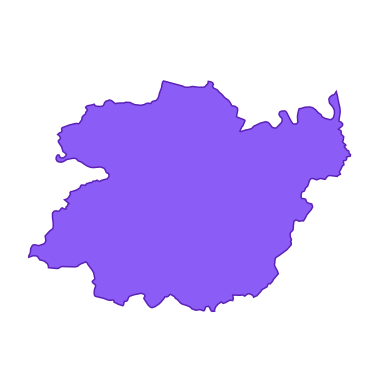 the district of Phu Binh, Thái Nguyên, Vietnam, rotated 100°
{"feature_id": "81297802B19798201223775", "entity_name": "Phu Binh", "entity_type": "district", "adm_level": 2, "iso_a3": "VNM", "parent_name": "Vietnam", "parent_adm1": "Thái Nguyên", "projection": "mercator", "projection_center": [105.961, 21.492], "detail": "fine", "context": "isolated", "style": "filled", "palette": "violet", "viewbox_px": 384, "rotation_deg": 100, "n_neighbors": 0, "source": "geoboundaries", "source_scale": "gbopen_adm2", "svg_char_len": 5966}
<svg xmlns="http://www.w3.org/2000/svg" viewBox="0 0 384 384"><g transform="rotate(100 192 192)"><path d="M68.0,67.4L70.7,68.5L71.5,69.1L72.4,70.9L74.5,72.6L75.8,73.2L77.0,73.3L80.6,72.0L83.8,68.1L86.6,66.1L88.4,65.6L90.5,65.3L94.1,65.6L96.5,67.5L96.8,68.7L96.4,73.9L95.2,77.3L93.9,77.9L93.2,78.8L91.9,81.6L89.8,84.2L88.0,87.8L87.8,91.0L89.1,96.0L90.7,98.8L91.2,100.6L91.7,101.1L96.9,101.4L99.2,101.3L104.8,100.0L106.1,100.3L106.8,101.0L107.4,103.8L107.1,104.7L105.3,106.5L97.5,112.4L96.2,113.8L96.1,115.1L96.8,117.9L97.8,119.4L98.5,119.7L100.6,119.8L102.3,118.4L103.9,116.2L105.2,115.7L107.1,115.7L108.3,116.1L114.0,119.9L114.5,120.6L114.6,123.2L114.1,124.6L111.7,127.1L110.3,129.0L110.0,131.1L110.3,132.3L112.2,136.5L116.6,142.7L119.3,144.4L121.1,148.3L121.7,150.1L124.0,154.3L124.0,155.3L122.8,155.2L119.3,154.2L117.6,153.3L112.6,152.2L112.1,152.5L111.8,153.4L110.5,160.1L110.0,161.3L103.3,161.2L101.3,161.9L100.1,164.7L100.0,165.6L100.3,166.6L100.1,167.6L99.7,168.2L97.9,169.4L95.5,171.8L93.4,176.2L90.7,179.5L89.3,182.0L87.0,184.9L85.8,189.0L84.3,190.1L82.3,189.6L80.8,190.7L80.2,192.6L80.2,195.2L82.4,195.2L85.9,197.4L86.4,198.0L86.8,198.9L87.7,204.1L88.0,209.9L89.6,213.9L89.7,215.4L90.1,216.9L89.3,219.7L87.6,239.2L88.5,239.9L91.5,240.2L94.6,240.1L100.3,241.2L103.0,241.3L105.5,241.7L107.5,242.8L108.2,243.4L109.7,246.8L112.1,248.1L112.1,250.4L112.6,252.1L114.3,254.4L115.5,257.4L115.9,263.3L115.3,266.6L114.6,268.1L114.8,270.4L115.2,273.1L116.1,274.3L117.0,279.0L117.9,282.1L118.4,282.8L116.0,287.0L115.7,289.2L117.6,292.6L119.2,293.6L121.8,294.1L122.8,294.8L123.0,295.3L123.5,296.4L123.9,298.5L124.1,301.8L123.7,302.7L122.6,303.3L122.6,303.8L123.8,306.1L125.1,309.6L125.5,310.3L127.0,311.5L127.5,311.3L128.7,309.7L129.1,309.4L130.1,309.5L131.9,310.4L133.9,310.5L135.4,312.1L136.9,313.0L137.4,313.2L140.0,313.1L144.0,314.9L144.4,315.5L144.5,317.3L145.0,319.2L147.3,324.4L151.2,331.0L152.6,331.4L154.3,330.7L155.3,330.8L156.3,331.8L156.7,332.6L157.4,333.4L158.7,334.3L159.5,332.7L161.5,330.9L162.4,330.9L164.8,332.6L166.1,332.1L170.3,328.2L174.5,326.1L176.1,323.0L177.0,322.3L178.3,322.5L179.3,323.3L180.3,324.2L181.0,325.7L181.2,326.5L180.8,327.8L178.8,329.3L178.6,330.1L179.0,330.9L181.2,331.8L183.3,331.5L184.6,330.6L185.2,329.7L185.5,327.9L185.4,326.1L184.4,324.0L182.4,321.7L181.4,320.3L179.3,314.5L179.2,312.6L179.5,311.6L181.0,309.7L181.9,305.8L183.1,303.4L184.7,299.4L185.3,296.2L185.1,293.4L183.3,286.8L183.7,283.2L184.5,281.9L187.7,279.7L188.2,278.5L188.2,277.3L191.1,276.4L193.7,277.7L196.0,282.7L197.4,284.5L197.7,285.5L197.0,287.0L196.9,287.7L198.0,289.0L198.4,291.2L199.7,292.0L200.1,292.5L200.4,294.2L201.4,295.6L201.9,297.1L202.4,297.5L203.8,298.0L204.3,302.0L205.3,302.8L207.0,302.9L209.7,305.5L211.6,308.7L212.9,311.6L213.8,312.0L214.5,311.9L215.5,311.3L219.1,312.8L220.5,313.8L221.8,316.2L224.7,311.2L225.7,312.1L227.8,312.4L228.7,313.5L230.4,313.0L231.0,313.8L230.2,317.2L230.8,317.9L232.9,318.9L233.8,319.6L234.3,320.5L234.1,322.2L234.6,324.0L235.3,324.8L237.1,325.7L241.5,324.9L245.6,323.6L249.1,322.8L251.5,322.6L252.6,323.0L255.0,325.3L260.8,329.0L265.1,327.5L267.8,328.0L268.7,328.8L271.2,333.1L271.4,334.0L271.3,338.0L271.8,339.4L272.8,340.1L275.7,341.0L280.1,340.7L283.4,341.7L284.6,341.4L282.3,337.3L282.0,333.9L282.7,332.6L285.4,329.9L285.3,328.4L285.8,325.1L287.0,323.5L287.4,322.1L289.6,320.7L291.5,320.2L290.8,311.7L290.5,310.5L288.2,307.8L287.9,306.6L286.1,294.5L285.5,292.6L284.6,291.3L283.7,290.8L282.3,289.3L279.3,284.4L280.2,282.8L281.5,281.9L285.8,277.2L288.5,274.9L294.0,272.7L294.7,272.7L297.3,274.7L297.9,274.5L298.8,273.7L300.3,270.9L301.4,270.6L304.6,271.1L307.6,271.0L310.2,270.3L311.2,269.6L311.5,268.8L312.1,260.1L312.9,256.3L312.9,253.6L312.1,251.4L312.1,250.6L312.5,250.1L314.2,249.5L314.4,248.0L315.4,245.0L316.0,240.4L315.0,239.8L311.6,239.7L311.2,239.1L311.1,238.0L310.6,237.3L310.0,236.8L307.1,236.2L305.7,235.6L303.4,231.6L300.5,224.2L301.2,221.3L301.8,220.6L302.8,220.2L304.4,220.9L305.3,220.9L310.6,215.9L312.1,213.9L312.8,212.3L312.8,211.1L311.9,209.8L311.5,208.7L307.8,204.9L305.7,203.4L301.3,200.9L300.0,200.7L299.6,198.5L298.9,197.4L296.9,196.0L296.5,195.3L298.2,190.9L299.5,190.0L300.5,187.6L303.4,183.9L304.1,182.0L304.7,177.1L305.4,174.5L305.9,173.3L307.0,172.0L307.8,167.6L306.4,163.8L307.0,159.9L306.7,159.4L305.8,159.0L302.8,158.7L301.6,155.9L302.7,154.7L305.8,152.4L306.0,151.1L305.4,149.0L304.4,149.3L302.4,149.1L300.3,148.4L297.7,146.7L295.4,144.3L295.3,143.7L296.3,142.0L294.9,139.4L294.2,138.9L292.0,135.8L291.8,133.0L289.5,132.8L286.7,134.1L286.4,133.9L285.3,126.4L284.7,124.8L284.6,124.0L285.4,122.0L282.8,119.7L282.2,117.9L283.0,114.8L284.0,113.6L284.9,113.1L282.8,110.0L278.4,107.2L275.8,105.9L272.4,101.7L269.9,101.2L268.9,100.7L268.9,99.0L265.5,97.0L264.1,96.7L257.5,92.8L254.8,94.3L251.2,97.2L249.5,98.1L243.6,98.5L242.0,98.1L239.3,95.1L232.2,88.4L226.7,85.1L224.6,85.5L223.8,86.4L222.9,85.9L221.7,85.8L218.8,87.5L216.4,88.1L215.0,88.0L212.2,86.1L210.9,85.9L206.5,86.4L203.1,86.5L201.4,84.7L202.2,81.4L201.4,79.3L201.1,77.2L198.2,76.0L194.4,74.9L189.0,71.7L186.1,70.6L184.5,71.1L183.1,72.0L182.9,72.9L182.9,74.5L182.4,76.7L181.5,77.7L179.4,78.8L179.1,80.8L179.4,82.9L178.3,83.6L175.1,84.1L173.4,83.9L172.7,83.4L171.5,81.5L168.5,80.9L166.0,79.1L160.6,78.3L158.6,77.6L158.1,76.9L157.7,74.5L158.3,72.1L158.3,71.5L158.0,70.6L156.7,68.7L156.3,67.6L156.5,63.4L155.9,62.7L154.1,62.0L152.2,60.5L151.8,58.9L151.4,51.6L150.5,51.3L148.7,48.9L146.8,50.3L146.4,50.3L143.9,49.4L140.3,48.5L138.9,47.1L135.4,48.3L134.7,47.9L134.4,46.5L134.1,46.1L133.3,45.6L132.0,45.4L130.7,45.9L129.2,42.3L127.6,42.4L127.1,43.5L126.4,44.1L124.5,44.7L124.2,45.1L124.1,46.6L123.1,47.3L121.3,49.7L120.6,50.0L120.2,49.8L119.9,48.9L119.5,48.6L118.8,48.9L117.4,51.4L116.3,52.5L114.7,52.0L111.2,52.2L109.1,55.1L106.1,55.7L105.7,56.2L104.7,58.8L101.2,55.8L100.0,55.3L98.8,55.4L97.5,57.0L96.6,59.7L88.2,59.9L86.2,60.2L83.2,61.1L75.0,64.5L73.0,65.1L68.0,67.4Z" fill="#8b5cf6" stroke="#5b21b6" stroke-width="1.5"/></g></svg>